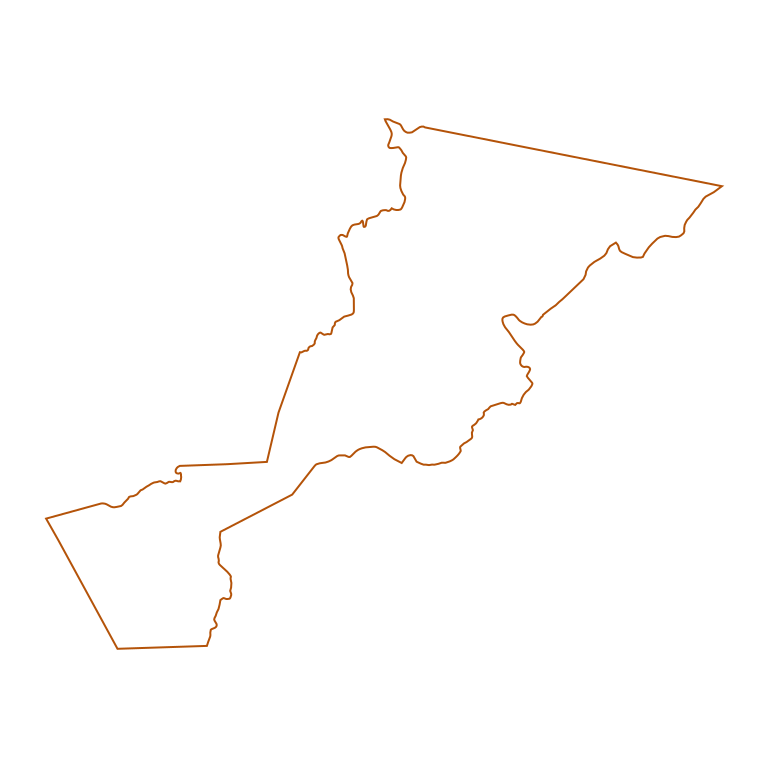 Las Flores, Lempira, Honduras (Natural Earth projection)
{"feature_id": "27666195B81012713461680", "entity_name": "Las Flores", "entity_type": "district", "adm_level": 2, "iso_a3": "HND", "parent_name": "Honduras", "parent_adm1": "Lempira", "projection": "natural_earth1", "projection_center": [-88.667, 14.674], "detail": "fine", "context": "isolated", "style": "outline", "palette": "amber", "viewbox_px": 768, "rotation_deg": 0, "n_neighbors": 0, "source": "geoboundaries", "source_scale": "gbopen_adm2", "svg_char_len": 6113}
<svg xmlns="http://www.w3.org/2000/svg" viewBox="0 0 768 768"><path d="M391.7,208.3L390.4,210.0L389.1,210.8L388.0,210.9L386.0,210.1L385.2,210.1L382.9,210.3L381.0,210.9L380.4,211.5L378.5,214.6L377.3,215.7L376.5,216.1L369.2,218.2L367.5,219.0L367.0,219.5L366.4,221.7L365.8,225.5L365.4,226.3L364.8,226.8L364.0,226.9L363.6,226.5L362.9,221.7L362.6,221.0L362.2,220.7L361.5,221.2L360.5,222.8L359.4,223.6L358.2,224.0L354.4,224.6L352.5,225.3L351.2,226.5L349.9,228.7L347.8,233.4L347.1,236.3L346.7,236.8L345.4,236.5L342.7,235.0L341.4,234.9L340.6,235.0L339.8,235.6L338.6,237.0L338.4,237.9L338.8,239.3L341.6,244.9L342.1,246.1L342.6,248.3L344.6,253.3L347.2,265.5L347.9,269.8L348.1,273.6L348.5,275.5L349.1,277.2L352.5,283.1L352.2,284.9L351.3,286.5L351.0,287.3L350.7,289.4L351.3,292.2L352.9,295.5L353.8,298.2L353.9,309.7L353.8,311.6L353.6,312.6L352.9,313.6L351.6,314.5L348.1,315.6L344.2,316.6L339.3,320.2L335.6,321.8L334.9,323.1L334.8,324.6L334.7,325.1L332.6,327.4L331.4,332.9L331.1,333.7L330.8,334.0L329.6,334.3L327.9,334.0L324.3,334.8L323.5,334.5L320.6,332.6L319.9,332.7L319.0,333.2L317.9,334.3L317.1,335.6L316.4,338.1L315.4,339.9L314.8,341.4L314.7,343.5L313.8,344.7L312.1,346.0L310.4,346.3L309.4,346.9L308.5,348.0L308.1,349.8L307.2,350.6L306.5,350.8L305.4,350.7L304.4,350.9L301.4,352.4L299.9,352.2L278.5,412.6L266.9,461.9L226.9,464.2L179.8,465.9L177.8,467.0L176.8,468.0L175.8,469.7L175.6,471.1L175.7,471.9L175.9,472.5L176.4,473.0L176.9,473.3L178.3,473.6L179.6,473.3L180.2,472.9L180.6,473.1L181.0,474.3L181.0,475.9L181.2,477.0L180.9,479.4L180.8,479.9L180.3,480.6L180.2,481.3L178.1,481.3L176.4,480.8L175.6,480.7L174.3,481.1L173.3,481.9L172.6,482.1L171.6,482.1L169.5,481.8L168.7,481.9L166.8,483.1L165.4,483.6L164.4,483.3L160.9,481.4L160.3,481.2L159.0,481.4L157.3,482.0L154.1,482.5L153.1,482.9L151.1,483.9L149.0,485.3L146.5,486.7L142.6,489.5L140.6,490.3L137.4,494.0L136.5,494.7L133.3,496.1L130.6,496.4L129.2,496.9L128.7,497.5L128.2,498.6L124.3,502.6L122.5,504.9L121.0,506.0L116.8,506.9L114.2,507.3L112.9,507.2L111.0,506.7L106.6,504.3L105.0,503.7L102.8,503.4L101.1,503.5L46.1,518.6L58.5,540.5L117.5,648.8L206.9,645.9L208.2,641.9L210.2,636.5L210.4,635.1L210.3,632.6L210.8,629.8L211.5,629.2L214.9,627.8L216.1,626.8L216.6,625.8L216.7,624.9L216.5,623.9L214.6,620.7L214.3,619.9L214.2,619.3L214.6,617.9L215.7,615.8L216.8,612.4L218.5,609.0L219.6,604.6L220.4,600.1L221.7,599.1L223.3,598.1L224.1,598.2L226.2,599.0L227.6,599.0L229.5,598.7L229.9,598.4L230.4,597.6L231.2,595.1L231.2,593.8L230.2,590.9L231.1,587.5L231.4,583.0L230.6,579.0L230.6,577.9L230.9,576.9L230.8,576.3L229.8,574.7L227.3,571.8L219.8,564.9L218.9,563.7L218.6,562.6L218.5,562.1L218.8,561.2L218.8,560.5L218.6,558.8L218.1,557.0L218.1,555.5L220.4,547.5L220.8,545.4L220.6,543.3L219.9,539.4L219.7,537.3L220.4,531.8L292.2,494.6L314.4,466.2L315.5,465.0L316.4,464.3L319.7,463.3L325.4,462.5L328.5,461.5L331.4,460.1L337.1,456.1L338.6,455.5L339.8,455.4L345.0,455.4L348.5,456.9L349.8,457.0L351.4,455.8L355.6,451.6L357.7,450.1L359.4,449.2L361.8,448.3L365.5,447.4L373.5,446.7L375.3,446.8L376.7,447.2L382.3,450.2L385.2,452.1L389.5,455.7L394.4,459.2L401.7,463.0L405.3,458.1L406.4,456.9L408.2,455.7L410.5,455.1L412.1,455.3L413.4,456.1L416.6,461.7L420.7,463.6L423.7,464.7L426.1,464.7L429.0,465.1L432.0,464.6L434.5,464.7L438.5,463.8L441.8,462.7L445.5,462.8L449.7,461.4L451.8,460.4L453.4,459.4L455.8,457.2L457.5,455.5L459.1,453.6L460.6,451.3L460.7,450.5L460.1,447.8L460.2,447.0L460.4,446.6L464.0,443.4L466.5,442.1L471.3,438.6L471.8,438.0L472.1,437.3L472.2,436.5L472.0,434.5L471.9,432.7L472.9,430.1L472.1,427.6L472.0,427.0L472.1,426.5L472.7,425.8L474.3,424.8L476.1,423.3L477.6,421.0L478.4,419.4L479.6,419.2L481.0,418.5L482.0,417.8L483.0,416.7L483.8,415.3L483.9,414.0L483.7,412.6L484.4,411.5L486.2,410.2L488.2,409.1L489.4,407.6L490.7,406.3L500.8,403.1L502.4,402.8L503.7,402.9L506.7,404.3L508.7,404.8L510.8,404.6L511.7,403.9L512.0,403.8L515.2,404.9L516.9,403.2L518.0,403.0L519.3,403.3L519.8,403.2L520.2,402.8L520.8,401.7L521.9,398.1L523.7,394.7L525.9,392.0L528.7,389.7L531.3,386.3L532.2,384.5L532.4,383.6L532.2,382.9L527.8,377.7L526.8,376.1L527.3,374.7L529.2,371.6L529.9,370.0L530.1,369.1L529.8,368.2L529.0,367.4L527.9,366.9L526.3,366.7L524.2,367.0L522.9,366.6L522.0,366.1L521.2,365.3L520.6,364.4L520.2,363.4L520.1,362.6L520.2,360.8L520.7,358.0L521.1,357.1L522.6,355.1L523.9,352.9L524.2,352.1L524.1,351.4L522.9,349.8L518.0,344.9L516.7,343.4L514.8,340.9L509.0,332.2L505.1,327.3L503.4,324.2L502.6,321.6L502.4,320.2L502.4,319.0L502.7,318.2L503.2,317.4L504.7,316.5L508.1,315.5L511.4,314.7L513.3,314.7L514.4,315.1L515.6,316.1L517.1,317.7L518.9,320.0L519.9,320.9L522.2,322.4L524.7,323.5L527.2,324.3L530.6,324.7L533.3,324.4L535.1,323.6L537.6,321.7L541.4,316.9L541.9,316.8L542.4,316.4L542.8,315.7L543.0,314.8L550.7,308.7L555.8,305.2L559.1,302.0L562.8,298.9L583.5,279.2L585.6,274.8L586.1,271.4L588.0,267.5L589.8,265.5L594.5,261.8L600.2,258.6L604.3,255.7L606.4,253.1L607.9,249.3L610.1,246.2L615.9,242.6L617.6,244.6L618.4,246.2L619.1,248.9L619.9,250.7L621.6,252.1L625.2,253.8L632.9,257.1L636.9,257.6L641.0,257.5L642.9,256.9L644.5,253.5L648.8,247.3L652.2,243.6L657.4,238.6L660.2,237.0L665.1,235.8L668.5,236.1L672.2,236.9L676.0,237.1L679.0,236.6L681.1,235.3L683.5,233.3L684.3,231.4L684.2,228.1L684.7,224.9L686.2,221.7L687.3,219.9L689.5,217.6L693.3,212.7L695.4,209.6L698.3,206.8L700.8,203.1L703.4,198.9L705.7,196.6L713.8,192.2L721.9,186.2L425.0,127.4L423.5,126.6L421.7,126.6L419.8,127.1L412.0,132.3L409.6,132.7L407.5,132.7L405.7,131.9L404.1,130.7L403.0,129.2L400.9,125.3L399.7,124.1L393.0,121.5L389.8,119.7L387.7,119.2L385.3,119.3L384.9,119.3L385.6,121.2L390.2,129.4L391.3,131.8L391.7,133.3L391.7,134.9L391.4,136.3L389.3,142.3L388.3,144.7L388.2,145.6L388.5,146.7L389.0,147.4L389.6,147.9L391.0,148.1L393.0,148.0L398.0,147.2L398.8,147.3L400.0,148.5L401.4,150.3L402.8,152.9L405.6,156.1L406.0,156.8L406.2,157.5L405.9,159.7L405.0,163.0L402.8,168.0L401.4,172.7L400.9,175.6L400.1,185.5L400.4,188.0L401.4,191.0L403.2,194.6L404.8,196.4L405.1,197.3L405.2,198.1L405.1,199.2L404.5,202.1L402.1,207.5L401.2,208.9L400.5,209.5L398.3,210.0L396.2,210.0L393.7,209.4L391.7,208.3Z" fill="none" stroke="#b45309" stroke-width="2"/></svg>